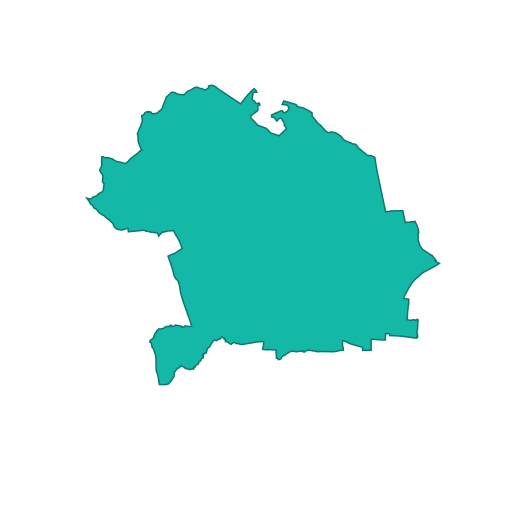 outline of Parjol, Bacau, Romania, rotated 292°
{"feature_id": "2599482B60535260634621", "entity_name": "Parjol", "entity_type": "district", "adm_level": 2, "iso_a3": "ROU", "parent_name": "Romania", "parent_adm1": "Bacau", "projection": "albers", "projection_center": [26.599, 46.592], "detail": "fine", "context": "isolated", "style": "filled", "palette": "teal", "viewbox_px": 512, "rotation_deg": 292, "n_neighbors": 0, "source": "geoboundaries", "source_scale": "gbopen_adm2", "svg_char_len": 6101}
<svg xmlns="http://www.w3.org/2000/svg" viewBox="0 0 512 512"><g transform="rotate(292 256 256)"><path d="M344.3,394.2L347.7,390.4L346.8,389.1L346.3,389.1L346.2,387.6L344.6,385.3L344.3,384.1L343.7,383.0L342.8,382.0L353.0,375.1L350.0,368.0L349.1,366.5L348.9,365.0L347.6,363.5L345.7,359.5L381.0,335.8L392.0,329.2L392.2,324.8L391.1,322.1L391.3,320.6L392.2,318.5L392.3,317.6L394.2,311.8L394.4,310.7L395.5,309.2L396.8,306.9L396.8,305.7L396.2,303.8L396.4,301.5L396.2,296.9L396.5,294.8L396.8,293.5L398.8,290.0L399.4,287.6L399.9,284.8L399.5,279.6L397.9,277.7L397.5,276.8L397.9,274.1L398.5,273.0L400.6,268.3L401.1,267.7L402.3,263.7L405.1,258.8L406.6,255.7L409.8,254.3L410.6,249.8L411.0,244.4L410.3,240.4L410.1,237.7L411.1,237.4L411.4,235.1L410.2,223.7L406.3,223.5L407.5,227.7L407.1,229.4L405.2,231.6L401.6,230.6L399.6,228.8L399.3,227.4L400.7,226.2L400.0,224.9L394.9,219.7L392.3,217.5L390.6,218.7L391.1,220.7L391.1,222.1L389.9,222.8L389.1,224.3L389.0,225.0L391.5,225.6L393.0,226.9L393.0,228.4L391.7,229.5L390.5,231.8L389.0,232.8L387.5,233.3L387.2,234.7L385.3,236.5L376.1,232.3L375.9,227.7L375.5,223.7L378.1,218.1L378.2,217.0L377.9,208.6L380.5,203.4L381.5,200.5L382.6,199.3L383.5,198.7L384.7,199.1L390.9,202.9L392.0,203.1L394.5,202.0L396.3,201.7L396.7,201.8L397.3,203.0L397.8,202.9L398.5,202.4L399.0,201.2L398.0,200.4L397.7,199.8L397.6,198.2L397.7,197.9L398.9,197.1L399.2,196.5L399.2,194.6L399.8,193.7L401.2,193.2L403.4,192.9L403.9,192.4L404.9,192.7L405.6,192.2L406.1,192.1L407.1,193.0L408.1,195.4L409.6,193.9L410.4,191.5L407.6,190.1L402.1,187.9L391.3,184.8L396.5,159.3L397.6,155.6L398.1,153.0L397.6,152.4L397.9,151.0L395.9,148.3L394.5,149.1L391.3,147.1L390.7,145.5L391.1,143.2L390.5,142.5L390.4,137.8L388.9,135.7L387.4,134.8L384.1,132.0L383.1,130.8L378.5,128.9L378.2,127.7L377.2,125.0L376.7,122.2L377.1,120.3L376.7,117.7L376.6,117.1L375.6,116.2L369.4,113.2L367.4,113.5L361.0,113.4L358.4,113.8L355.4,113.0L353.5,111.6L352.2,111.4L351.4,110.8L348.9,106.5L349.9,105.2L350.0,104.2L349.6,102.1L348.9,102.5L349.0,100.9L347.3,99.4L344.9,98.9L343.3,97.4L338.8,100.0L332.5,100.4L331.3,100.1L324.7,100.3L323.4,101.4L317.8,104.0L312.9,108.6L311.4,110.4L311.3,109.8L308.5,108.4L308.0,108.4L299.1,103.1L294.6,101.5L293.5,100.8L292.9,100.2L292.6,99.3L292.2,95.2L291.5,91.8L291.5,90.1L292.2,86.1L291.7,82.1L290.6,79.2L290.7,76.9L290.2,75.8L284.8,77.8L282.7,78.9L281.5,79.1L277.4,78.8L275.7,80.1L274.1,82.9L273.2,83.8L272.5,84.2L267.2,85.9L266.1,87.9L265.7,88.3L263.5,88.6L259.5,89.9L257.8,89.2L254.8,86.7L252.1,85.9L251.1,84.5L250.1,83.7L249.4,82.7L247.3,81.8L246.6,80.4L246.3,77.4L244.4,80.5L242.5,82.7L242.0,83.6L242.1,84.5L241.3,86.1L240.7,86.9L240.2,87.0L239.8,87.6L239.6,90.2L239.0,91.6L237.5,93.9L236.6,97.5L236.5,100.0L235.4,102.3L234.3,106.8L233.1,109.6L233.0,110.3L232.2,111.6L231.1,112.3L230.0,113.7L229.2,115.5L228.8,118.0L229.1,118.8L229.8,121.9L231.7,124.3L232.7,125.1L233.5,127.1L230.6,128.6L231.7,130.4L233.1,133.3L238.0,142.6L238.1,143.4L237.6,144.6L237.8,145.1L238.4,145.6L238.5,148.7L240.3,155.5L240.1,156.3L238.0,158.4L240.2,158.9L240.9,159.6L243.0,159.8L243.1,160.8L246.5,165.3L247.2,167.3L248.7,170.1L245.4,173.6L245.7,173.8L240.6,179.9L235.3,184.7L228.5,180.0L222.9,174.5L216.8,179.9L212.1,183.8L207.2,187.4L206.2,188.4L204.9,190.2L203.7,193.1L199.0,196.8L194.6,199.2L188.7,203.7L179.0,212.1L171.5,218.9L166.8,222.7L165.8,221.2L165.4,219.9L165.3,218.9L164.8,217.7L164.8,216.5L163.5,216.1L162.3,214.3L162.4,213.7L163.0,213.7L163.1,213.3L162.6,212.2L162.7,210.7L162.0,208.9L162.0,207.5L160.1,206.0L159.3,204.6L159.2,204.3L159.5,204.1L159.5,203.7L160.0,203.4L159.9,203.0L159.3,202.3L158.1,202.0L157.6,200.4L156.6,198.7L154.6,197.6L152.3,194.4L152.0,193.1L150.7,192.7L149.6,192.0L148.5,192.2L147.2,191.5L143.3,191.3L142.7,191.8L141.6,191.6L138.0,189.5L136.5,189.7L136.3,191.3L132.6,193.8L132.7,194.0L131.1,196.0L125.4,200.8L113.4,205.9L112.3,206.5L108.8,209.6L100.6,214.5L102.6,219.7L103.7,221.7L104.5,222.7L107.8,224.0L113.6,225.1L117.7,223.8L118.3,224.2L121.3,224.9L123.5,226.2L123.5,226.5L123.9,226.8L126.4,227.6L126.0,229.1L126.0,231.1L125.2,232.6L125.2,233.1L125.3,233.4L125.9,234.0L125.9,234.7L125.6,235.4L126.0,237.4L127.7,239.5L127.6,240.5L128.2,240.6L128.7,240.0L129.6,240.0L129.7,240.5L130.1,241.1L132.0,241.2L134.2,242.9L135.2,243.0L136.1,242.6L137.8,243.8L138.5,244.0L140.5,244.0L141.8,245.2L143.2,245.0L143.5,244.7L143.6,243.6L144.0,243.4L144.9,244.3L145.8,243.9L146.8,245.8L148.4,246.1L152.1,245.6L153.9,246.8L156.0,247.3L157.9,247.4L161.8,248.4L162.6,249.8L162.7,251.2L163.6,251.8L164.6,252.0L165.0,253.3L166.4,254.1L168.1,254.4L168.5,254.8L167.8,256.1L168.3,257.1L167.1,257.5L167.0,258.9L165.2,259.7L165.8,261.2L165.2,263.3L164.7,265.9L167.7,267.8L167.5,271.3L168.4,272.7L168.0,274.3L169.3,277.2L177.2,290.0L179.5,295.0L177.7,295.9L171.9,297.2L173.5,302.4L173.9,302.4L176.3,309.8L168.9,313.2L169.2,314.0L168.3,315.7L169.9,317.6L170.5,317.8L171.6,317.6L172.8,318.0L173.7,318.6L175.0,320.1L176.3,320.6L177.6,321.7L179.5,323.0L181.3,324.8L181.6,326.1L181.9,326.5L182.1,328.8L182.7,330.1L184.6,332.9L184.7,334.2L185.4,334.9L184.8,335.7L184.9,336.4L185.2,337.0L187.0,337.9L189.0,341.2L189.1,344.0L189.8,344.5L189.9,347.1L190.3,348.8L192.2,353.1L196.1,363.4L198.0,366.7L200.8,370.5L201.3,372.3L202.9,371.8L205.2,369.9L210.0,367.8L210.3,372.8L210.0,373.6L210.0,376.7L211.2,389.0L208.4,390.2L211.7,398.1L221.8,394.0L222.8,396.1L223.3,398.1L226.5,407.4L232.6,405.2L234.0,409.2L232.3,409.9L234.2,414.9L236.2,421.1L239.9,435.5L241.3,435.2L241.1,436.2L243.9,435.1L244.2,434.2L249.7,432.8L257.5,430.2L257.8,429.6L257.2,429.2L257.2,428.8L256.4,428.4L256.3,427.9L255.9,427.7L256.3,426.6L256.1,426.0L255.3,425.3L255.2,424.6L254.7,424.4L254.6,423.7L253.8,422.6L253.9,420.4L253.6,419.7L255.6,419.4L259.8,417.9L268.0,415.5L268.3,415.7L273.2,413.8L271.8,408.7L275.9,408.8L284.0,409.7L289.8,410.8L294.7,412.7L302.8,416.8L315.1,426.9L317.8,428.8L318.3,424.0L319.3,424.7L322.7,418.6L322.0,417.9L322.8,416.4L324.5,407.8L327.2,403.9L328.2,403.2L331.7,400.1L333.9,399.5L335.2,398.7L335.8,398.7L338.0,398.0L339.1,398.0L340.4,397.0L341.8,396.2L344.3,394.2Z" fill="#14b8a6" stroke="#0f766e" stroke-width="1.5"/></g></svg>